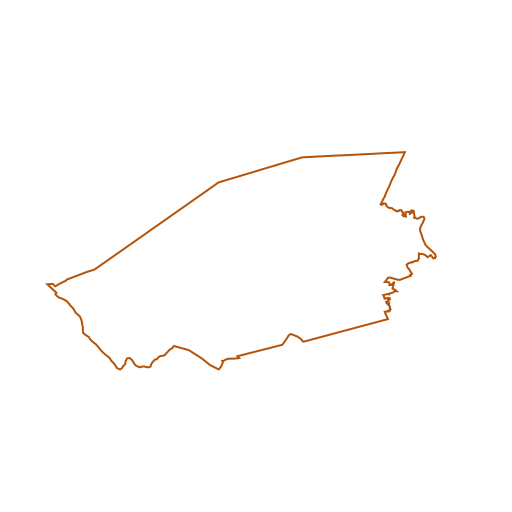 San Nicolás, Oaxaca, Mexico (Mercator projection), rotated 40°
{"feature_id": "50627088B62304740302326", "entity_name": "San Nicolás", "entity_type": "district", "adm_level": 2, "iso_a3": "MEX", "parent_name": "Mexico", "parent_adm1": "Oaxaca", "projection": "mercator", "projection_center": [-96.736, 16.433], "detail": "fine", "context": "isolated", "style": "outline", "palette": "amber", "viewbox_px": 512, "rotation_deg": 40, "n_neighbors": 0, "source": "geoboundaries", "source_scale": "gbopen_adm2", "svg_char_len": 4200}
<svg xmlns="http://www.w3.org/2000/svg" viewBox="0 0 512 512"><g transform="rotate(40 256 256)"><path d="M114.4,411.8L126.8,412.5L126.6,413.4L127.3,414.4L128.0,414.5L130.1,414.6L132.1,414.4L135.1,413.2L137.0,412.8L139.5,412.3L141.4,412.4L144.1,412.9L146.3,413.4L148.8,413.5L152.1,414.5L154.5,415.4L158.3,415.4L160.8,415.8L162.5,416.8L164.7,418.2L166.7,420.0L169.0,421.8L170.9,423.9L172.7,425.9L175.4,426.1L178.9,425.7L180.1,425.5L181.9,426.3L185.7,426.8L189.8,426.5L193.2,427.0L196.7,427.7L200.9,428.3L205.1,428.3L209.4,428.2L212.1,429.2L215.1,429.5L217.6,429.9L220.1,430.7L221.4,431.2L223.4,430.8L224.9,430.1L225.3,428.6L225.1,425.6L225.2,422.8L223.7,420.4L223.1,417.2L224.9,415.3L228.3,415.5L230.8,416.4L233.7,417.2L237.1,416.5L238.8,415.7L239.6,414.2L241.1,412.6L242.9,411.8L245.3,410.4L246.3,408.6L245.2,406.0L245.0,403.5L245.1,400.3L246.4,398.9L246.4,395.7L246.9,394.3L248.9,392.2L249.8,390.6L249.8,387.9L250.0,385.3L250.2,382.9L251.0,380.6L251.0,377.7L265.0,371.3L280.1,369.3L290.7,369.1L298.6,367.3L300.5,366.6L300.3,364.6L300.3,362.8L299.8,361.6L299.0,358.8L298.5,358.3L297.7,358.0L298.5,357.3L299.0,356.2L299.4,354.6L300.9,352.4L301.6,352.0L302.5,351.0L303.0,350.5L305.2,348.7L308.7,345.1L306.2,344.7L333.1,307.3L333.2,306.5L332.8,300.9L332.1,295.9L332.7,293.4L335.4,292.5L339.5,291.1L343.6,290.7L346.8,291.3L347.0,291.4L347.7,290.8L358.2,275.8L376.9,249.1L382.2,241.5L390.3,230.0L397.6,219.5L394.2,217.9L392.4,217.1L392.3,216.9L390.5,215.9L393.1,213.4L392.4,212.9L393.7,211.7L393.2,211.1L393.4,210.4L391.9,209.8L390.8,208.5L389.3,208.4L388.8,208.3L388.9,208.1L388.7,207.5L388.8,207.3L388.2,206.7L387.3,208.2L386.7,208.3L385.2,207.6L386.4,205.6L385.5,205.1L385.5,204.8L386.5,203.3L385.6,202.4L384.2,203.1L382.6,205.4L382.1,205.3L381.8,205.9L380.4,205.0L378.6,204.2L381.4,200.4L382.4,200.0L382.6,199.9L382.2,199.5L382.5,198.7L383.9,196.8L385.3,193.6L386.5,192.5L385.4,192.5L384.1,193.2L383.7,192.6L381.6,193.3L378.7,187.4L378.5,187.5L378.3,191.2L377.0,192.4L376.8,192.5L375.8,191.0L374.6,190.7L371.4,193.1L371.2,187.9L371.2,187.6L371.5,187.3L373.1,186.1L373.7,185.7L374.7,185.4L378.8,183.5L379.3,183.3L381.0,182.3L381.6,181.7L382.0,181.2L382.5,180.0L382.7,179.7L383.0,179.2L383.7,177.9L384.9,175.9L387.2,171.8L386.8,171.7L386.3,171.5L387.0,169.4L384.0,168.5L381.5,167.6L380.7,167.5L379.5,167.4L377.0,165.9L377.3,164.1L377.7,163.1L378.3,162.5L379.3,160.4L380.1,160.2L380.8,157.9L383.0,155.7L382.4,154.5L382.5,153.0L381.4,152.2L379.2,149.4L380.3,149.1L382.0,147.5L384.8,146.5L388.3,146.6L389.3,143.0L393.4,143.9L393.5,143.7L394.0,142.3L394.4,142.3L394.2,141.0L392.4,139.6L388.7,139.3L387.8,139.2L382.8,138.9L378.9,138.6L376.1,137.3L372.9,135.7L369.9,133.7L365.9,131.4L363.9,129.3L363.3,127.7L362.4,123.4L361.4,120.0L361.2,119.3L360.3,118.6L359.6,118.3L358.2,118.8L357.0,120.5L356.7,121.8L356.2,123.0L355.1,124.1L354.2,124.2L353.3,124.2L352.8,124.7L352.6,125.0L351.6,123.4L347.8,120.1L345.9,121.0L345.8,121.5L345.7,122.2L346.4,122.3L346.6,122.2L347.6,122.2L346.8,124.8L345.1,123.9L344.0,124.4L342.4,126.5L343.3,127.2L344.3,128.5L344.8,128.8L345.5,129.4L343.6,130.6L342.7,130.6L341.9,130.6L341.7,130.2L342.3,129.2L340.7,128.2L339.4,128.2L339.3,127.9L337.6,127.6L336.5,128.6L336.6,129.5L335.6,130.1L335.4,131.2L334.0,131.6L331.2,132.0L329.7,131.9L329.5,132.0L329.3,132.1L326.7,133.7L326.6,133.8L323.6,133.8L323.3,133.6L322.3,132.6L322.2,132.5L320.1,133.4L320.1,133.6L319.6,135.8L318.4,136.4L318.3,136.2L317.3,131.9L317.0,131.3L316.3,126.9L315.9,126.6L314.4,121.6L313.4,117.5L313.3,117.1L311.4,111.3L311.4,111.0L311.1,110.0L310.3,106.7L310.3,105.4L307.6,98.1L307.6,97.8L306.5,92.5L306.4,92.4L303.9,82.8L303.3,80.8L295.4,88.1L292.8,90.5L287.9,95.0L279.1,103.3L271.5,110.3L266.6,114.9L258.6,122.3L253.7,126.8L248.6,131.5L236.6,142.7L228.1,150.6L221.2,161.0L205.6,184.7L199.2,194.5L193.5,203.2L188.4,211.0L182.5,219.9L180.6,222.8L180.0,223.7L178.4,229.7L175.0,242.7L173.3,249.0L170.7,258.8L169.0,265.2L167.7,269.9L166.4,275.0L165.7,277.6L164.9,280.4L162.4,290.0L159.2,301.8L150.7,333.9L145.8,352.2L143.1,362.3L141.0,370.2L139.8,372.1L136.4,377.4L132.6,384.3L126.1,395.9L126.3,397.0L125.9,397.8L123.2,404.0L121.7,408.2L118.1,408.1L114.4,411.8Z" fill="none" stroke="#b45309" stroke-width="2"/></g></svg>